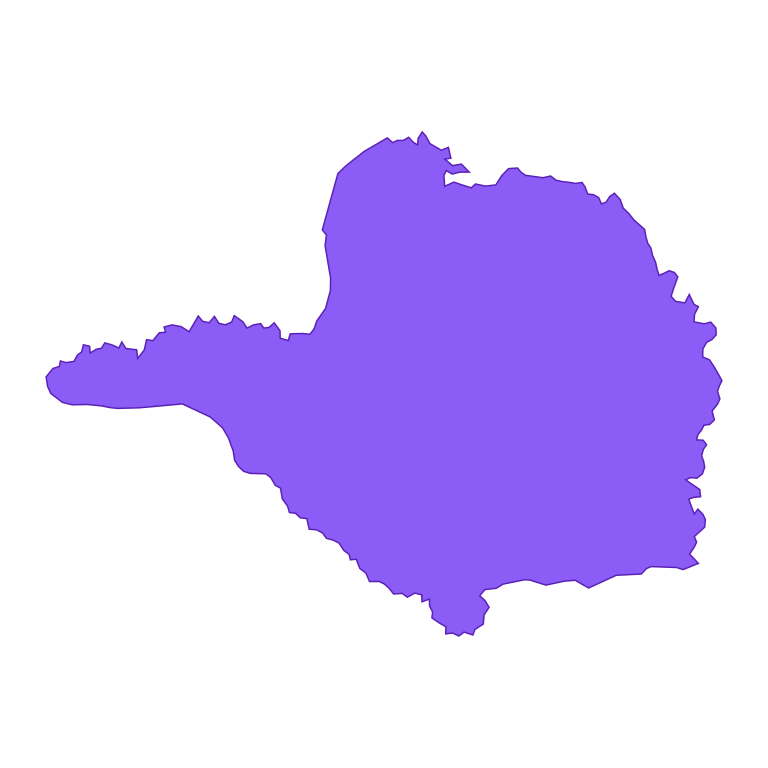 Ibirubá, Rio Grande do Sul, Brazil (Mercator projection)
{"feature_id": "56859067B54676544354461", "entity_name": "Ibirubá", "entity_type": "district", "adm_level": 2, "iso_a3": "BRA", "parent_name": "Brazil", "parent_adm1": "Rio Grande do Sul", "projection": "mercator", "projection_center": [-53.183, -28.593], "detail": "fine", "context": "isolated", "style": "filled", "palette": "violet", "viewbox_px": 768, "rotation_deg": 0, "n_neighbors": 0, "source": "geoboundaries", "source_scale": "gbopen_adm2", "svg_char_len": 3403}
<svg xmlns="http://www.w3.org/2000/svg" viewBox="0 0 768 768"><path d="M614.4,193.2L609.6,196.7L606.1,202.2L601.4,203.9L598.7,197.6L593.4,194.6L587.7,194.1L585.2,187.2L582.1,182.5L575.2,183.4L567.6,182.1L562.7,181.7L556.1,180.2L550.6,176.0L542.9,177.7L530.4,176.0L525.4,175.3L520.9,172.1L517.6,168.0L508.6,168.6L501.9,175.4L495.9,184.9L485.6,186.1L475.5,184.0L471.3,187.8L461.9,184.9L453.9,182.1L444.7,186.3L443.9,175.3L446.3,170.6L452.3,174.1L459.8,172.1L469.2,172.1L461.4,164.1L452.5,165.6L444.9,159.1L450.9,158.2L448.4,147.4L441.3,150.2L429.9,143.6L425.7,135.8L422.2,132.0L418.1,138.5L417.6,145.0L413.1,142.1L408.7,137.3L403.2,140.4L397.2,140.4L392.7,142.7L387.3,137.9L372.6,146.5L364.3,151.3L358.0,156.3L352.6,160.5L345.2,166.5L337.9,173.6L322.3,229.9L326.4,235.0L325.1,245.7L330.6,278.2L330.4,290.4L325.6,308.4L316.8,320.9L314.1,328.9L309.9,334.3L302.7,333.5L290.2,333.8L288.3,340.5L280.2,338.2L280.0,330.7L274.2,322.8L269.1,327.4L263.8,328.1L260.7,323.6L253.4,324.9L247.1,328.1L242.9,321.8L234.3,315.6L231.6,322.1L225.4,324.8L218.9,323.3L214.4,316.4L209.2,322.7L202.6,321.3L198.3,316.0L189.1,331.7L181.1,326.6L171.9,324.9L164.1,327.0L165.6,332.2L159.3,332.8L152.9,340.6L146.6,339.7L144.2,350.1L137.7,358.4L136.7,349.8L125.9,348.5L121.8,342.0L118.9,348.0L111.8,344.8L104.8,342.9L101.4,348.3L96.4,349.2L90.2,353.0L89.6,346.2L83.4,344.8L81.6,351.9L77.4,355.1L74.0,361.4L65.9,362.6L60.4,361.0L59.3,366.5L52.9,368.5L46.1,376.9L47.6,386.4L50.8,393.5L62.5,402.4L72.1,404.8L87.3,404.5L102.2,406.0L109.5,407.5L117.4,408.4L139.3,407.8L154.1,406.5L182.3,403.9L210.3,417.0L222.5,427.8L228.6,438.1L230.9,444.9L233.2,450.8L234.6,460.3L238.4,466.3L243.6,471.3L250.2,473.4L265.9,473.8L270.8,477.6L275.3,485.4L280.5,488.1L282.3,498.8L287.6,506.2L289.4,512.5L295.6,513.3L300.3,517.8L306.8,518.6L309.2,529.2L316.5,529.8L322.6,533.0L326.4,538.3L333.4,540.2L339.0,543.1L343.9,550.5L349.1,554.4L350.4,559.8L356.2,559.2L359.8,568.4L365.9,573.1L369.5,581.5L379.2,581.5L384.2,583.9L389.1,588.3L393.6,594.0L402.2,593.4L407.4,597.2L414.7,593.1L421.7,594.8L422.0,601.8L429.4,599.1L429.6,605.9L432.6,612.2L431.9,617.9L439.2,622.9L445.9,626.8L445.7,633.9L452.5,633.0L458.9,636.0L464.0,632.1L472.9,635.0L474.9,629.5L483.3,624.0L484.1,614.9L489.1,607.3L484.9,600.5L479.7,595.8L484.9,589.6L496.2,588.3L503.1,584.1L524.9,579.7L529.9,580.1L545.9,585.1L564.6,581.1L575.2,580.3L588.6,588.0L616.2,575.3L641.3,574.0L646.7,568.4L651.2,566.6L676.6,567.5L683.1,569.6L698.4,563.4L689.6,554.1L694.3,547.0L696.6,542.2L694.3,536.5L699.2,532.1L704.7,527.1L705.4,519.7L703.1,514.6L697.9,509.1L694.3,514.0L691.2,506.0L688.8,499.1L693.9,497.3L700.6,496.7L699.7,489.5L692.2,484.4L685.6,479.8L690.6,477.6L696.9,478.2L702.4,473.8L704.7,467.2L703.6,461.2L701.6,455.9L703.4,449.3L706.6,444.7L703.1,440.2L696.4,439.9L697.9,434.6L701.3,430.4L703.9,425.3L709.7,424.4L714.4,419.9L712.1,411.1L717.7,403.9L719.9,398.8L717.5,391.4L719.4,385.8L721.9,380.7L718.4,374.2L714.4,367.3L709.6,359.9L702.7,357.0L702.9,348.9L706.6,342.4L712.1,339.4L716.2,334.8L715.9,328.0L710.7,322.1L704.2,323.8L694.0,321.9L694.6,314.1L698.4,306.7L693.9,304.3L689.3,294.5L684.9,302.9L675.5,301.3L671.1,296.3L673.6,288.5L677.8,276.9L674.4,272.5L669.2,270.7L664.4,273.1L659.1,275.4L657.2,269.8L655.6,262.3L652.5,255.3L650.9,248.1L647.8,243.4L646.0,237.1L644.6,229.4L634.0,220.0L628.9,213.6L623.2,208.1L620.2,199.5L614.4,193.2Z" fill="#8b5cf6" stroke="#5b21b6" stroke-width="1.5"/></svg>